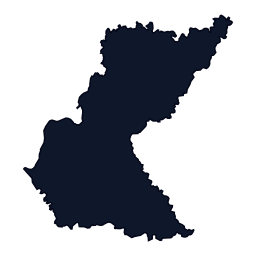 the district of José Batlle y Ordóñez, Lavalleja, Uruguay
{"feature_id": "84410073B85755445847609", "entity_name": "José Batlle y Ordóñez", "entity_type": "district", "adm_level": 2, "iso_a3": "URY", "parent_name": "Uruguay", "parent_adm1": "Lavalleja", "projection": "robinson", "projection_center": [-55.068, -33.521], "detail": "fine", "context": "isolated", "style": "filled", "palette": "ink", "viewbox_px": 256, "rotation_deg": 0, "n_neighbors": 0, "source": "geoboundaries", "source_scale": "gbopen_adm2", "svg_char_len": 5775}
<svg xmlns="http://www.w3.org/2000/svg" viewBox="0 0 256 256"><path d="M23.8,168.9L32.1,178.2L32.5,182.4L37.0,189.3L38.8,188.4L40.3,188.7L41.5,190.1L40.3,193.3L41.9,193.5L43.3,192.7L45.0,192.6L46.8,194.5L46.3,196.1L45.4,197.5L44.2,198.1L43.9,199.7L44.3,201.1L45.3,201.1L46.8,200.1L47.3,201.8L46.5,203.1L47.3,203.6L50.6,202.5L51.9,203.2L51.8,204.5L49.5,205.5L49.5,206.5L50.2,207.5L49.7,209.3L50.9,210.0L52.3,208.7L53.2,209.2L53.3,211.4L54.8,213.0L54.9,215.0L56.8,218.5L54.9,221.5L54.7,223.1L56.9,224.0L57.2,225.3L58.5,226.5L62.1,226.9L62.7,226.0L64.5,225.9L66.6,224.9L68.3,225.6L70.9,229.0L71.9,229.0L72.4,226.0L76.6,222.4L77.8,222.3L78.7,223.1L79.3,226.6L84.4,226.7L87.5,228.0L89.6,227.7L91.4,225.3L92.2,225.0L92.8,225.4L95.4,225.2L96.9,224.1L97.9,224.8L100.7,225.3L102.6,225.0L105.7,223.1L108.6,222.0L111.2,222.6L115.1,225.5L115.4,226.7L114.6,227.3L114.8,228.4L120.3,228.6L123.2,227.6L124.8,228.5L124.3,232.5L125.0,234.5L126.8,234.4L131.7,237.5L134.6,236.4L140.6,235.2L144.4,232.6L145.9,232.7L147.4,234.0L147.6,236.0L148.3,237.2L148.5,240.6L152.3,238.8L152.2,235.5L153.3,234.7L155.0,234.6L155.9,235.1L156.0,238.2L160.2,240.4L161.6,240.1L161.7,239.0L162.9,238.1L170.9,237.7L172.0,237.0L172.3,236.0L175.4,234.6L175.8,233.4L176.5,232.5L177.9,232.3L178.8,233.5L181.1,234.0L181.8,234.9L181.8,236.2L183.2,236.8L185.1,237.0L187.1,236.4L188.7,234.7L190.5,234.7L191.5,234.1L192.6,232.7L193.8,230.1L193.5,229.8L191.5,230.7L188.9,229.6L187.7,230.5L184.6,228.8L184.2,226.3L182.3,224.8L178.6,223.1L177.8,220.8L174.9,218.4L175.2,216.3L174.3,214.0L174.3,212.3L170.6,211.3L170.6,210.1L172.3,207.0L172.4,205.6L169.4,205.2L168.6,204.1L167.8,202.2L168.9,198.4L168.0,197.1L166.4,196.2L164.1,195.9L162.3,194.6L161.7,193.7L162.7,191.1L161.2,190.2L159.4,191.4L159.0,191.2L158.1,188.1L156.9,186.3L154.6,187.1L153.1,185.8L151.8,186.6L150.6,185.3L150.7,184.2L151.7,181.9L151.3,180.9L148.0,179.4L147.5,178.5L148.6,174.3L148.1,173.7L146.8,173.2L144.2,173.3L143.9,172.2L141.6,171.2L141.4,170.5L142.7,169.6L142.9,168.7L142.3,167.3L142.9,164.9L140.8,164.4L140.0,162.4L138.1,160.5L138.1,159.4L135.0,156.9L135.0,155.3L133.1,153.6L132.1,149.9L133.0,148.7L132.7,147.5L131.7,146.7L131.3,145.1L132.0,143.6L129.9,141.1L129.7,137.7L130.4,137.1L130.4,136.0L132.2,133.7L137.9,133.5L138.3,132.5L139.9,132.3L145.8,126.1L146.3,124.1L146.0,122.2L146.4,121.2L148.7,120.8L149.3,119.4L150.5,119.0L151.3,119.9L153.0,120.9L155.3,121.0L156.4,120.6L158.1,121.9L159.8,121.7L159.5,120.7L159.8,120.0L162.6,119.4L165.8,117.0L167.3,118.1L169.3,118.3L170.9,117.7L170.9,116.3L169.9,114.9L170.0,113.9L171.2,112.6L173.6,112.8L174.9,112.0L174.8,110.4L173.6,108.3L174.7,107.3L175.2,106.3L174.2,105.2L175.5,104.0L178.0,104.3L178.8,103.0L178.0,100.9L178.2,100.0L177.5,98.7L178.0,96.1L183.2,95.4L183.6,93.4L186.6,92.8L187.2,89.1L189.8,84.5L190.8,81.4L193.9,77.2L192.5,74.7L192.7,73.4L196.0,70.3L200.3,70.0L202.3,67.9L203.7,67.6L206.4,68.5L208.0,67.3L209.2,65.5L209.7,63.7L209.6,61.9L209.9,59.9L211.0,58.3L211.3,55.5L213.6,55.1L215.8,52.4L215.0,50.5L214.7,47.7L216.9,43.6L219.6,42.3L220.1,41.6L220.1,39.3L219.2,37.1L219.8,36.7L221.3,36.9L223.7,38.4L224.9,38.4L225.9,37.7L226.3,36.8L225.3,35.9L225.3,34.5L226.6,33.0L226.6,28.6L227.3,28.0L227.5,25.1L229.8,25.1L231.2,24.1L232.2,22.5L231.7,21.4L230.2,21.0L228.8,19.7L229.5,18.0L228.5,17.3L227.6,18.3L227.6,19.4L226.6,20.4L225.9,18.8L223.3,16.5L221.4,15.4L220.4,15.6L219.8,17.4L218.8,18.6L214.7,18.4L213.3,19.0L215.3,20.8L213.5,24.0L214.4,26.0L213.6,27.3L211.1,27.2L210.5,27.6L210.3,28.7L210.9,31.0L210.5,32.3L209.3,31.8L208.0,29.0L206.5,28.4L204.6,28.5L203.2,29.3L202.7,30.1L199.3,31.0L195.6,28.4L192.9,28.9L191.7,28.2L190.4,28.1L189.5,29.7L189.9,31.4L189.8,33.0L188.7,34.3L188.0,36.8L187.0,37.5L186.2,37.3L184.3,35.9L183.8,34.4L182.6,33.9L181.6,34.7L180.7,36.8L179.1,38.9L179.2,40.9L177.3,42.0L174.5,41.5L173.4,39.5L171.2,37.4L171.8,35.9L172.8,35.8L175.0,37.0L176.2,36.1L176.2,35.5L174.9,33.9L174.7,32.9L173.1,31.4L171.1,31.3L169.8,32.0L167.9,31.5L164.1,32.4L161.0,31.2L160.5,31.8L159.4,32.1L158.6,31.5L158.5,30.1L157.7,30.0L154.3,32.7L152.7,32.9L152.1,31.0L152.9,28.2L152.7,25.1L152.3,23.1L151.7,22.5L150.1,22.4L148.7,24.6L146.3,25.9L146.4,26.7L148.4,27.3L147.7,29.9L146.3,29.7L143.6,27.2L142.1,27.4L141.7,26.6L142.2,25.7L141.9,25.0L140.4,23.7L138.4,23.4L137.0,21.9L136.4,22.8L137.2,24.7L136.6,25.4L136.2,28.0L135.7,28.6L132.3,29.2L131.4,28.3L130.5,28.1L128.0,29.0L126.6,28.3L125.5,26.2L123.1,26.5L122.1,27.6L120.3,26.7L120.1,25.3L119.3,25.0L118.2,26.1L119.0,27.3L119.2,28.4L116.8,29.4L117.0,30.9L115.8,31.1L114.9,29.9L113.4,29.5L112.8,30.7L111.4,31.7L111.2,32.5L110.8,32.7L109.8,31.5L109.5,30.1L108.6,28.6L107.8,28.7L106.2,30.9L106.0,33.5L106.7,34.7L105.6,36.2L105.7,37.4L105.4,38.6L106.0,40.8L105.1,40.9L103.6,40.2L102.7,40.7L101.5,40.7L100.7,42.3L101.7,43.4L101.7,45.6L103.3,46.2L103.5,47.8L101.4,49.9L100.8,51.0L101.1,52.5L100.8,53.1L102.1,53.1L102.9,53.8L103.4,56.6L103.9,57.7L103.5,58.3L103.4,60.8L102.9,60.9L102.8,62.0L101.6,62.7L101.3,63.5L103.2,64.1L104.2,66.3L105.3,66.8L107.1,68.7L105.8,72.2L105.4,72.6L105.6,74.1L104.2,75.4L104.0,76.2L102.3,76.2L102.1,75.3L100.4,75.4L99.6,75.9L99.2,74.8L98.1,74.1L98.3,73.5L97.3,73.0L96.8,73.5L95.7,73.0L95.1,73.3L93.4,76.4L91.7,76.2L91.5,77.1L90.7,78.2L89.9,84.1L90.0,86.1L88.7,88.2L88.2,91.4L84.1,93.1L81.8,94.8L79.6,97.3L78.4,102.0L79.2,103.7L79.3,105.1L78.8,106.2L77.0,107.7L77.3,108.3L80.3,105.7L81.0,105.8L82.7,110.1L82.8,112.2L82.1,118.4L82.9,121.5L79.2,124.9L77.7,124.7L76.6,125.0L75.6,124.0L73.5,123.4L73.2,122.3L70.6,119.5L68.5,118.5L65.9,118.1L58.2,121.4L56.2,121.5L52.7,120.3L51.3,120.3L49.5,121.1L45.7,126.6L43.9,130.7L44.7,138.2L44.1,142.6L40.5,149.4L40.8,150.2L39.4,154.3L39.3,158.8L35.5,165.1L35.4,166.2L33.3,168.5L31.8,169.4L29.0,169.3L25.3,167.7L24.4,168.1L23.8,168.9Z" fill="#0f172a" stroke="#020617" stroke-width="1.5"/></svg>